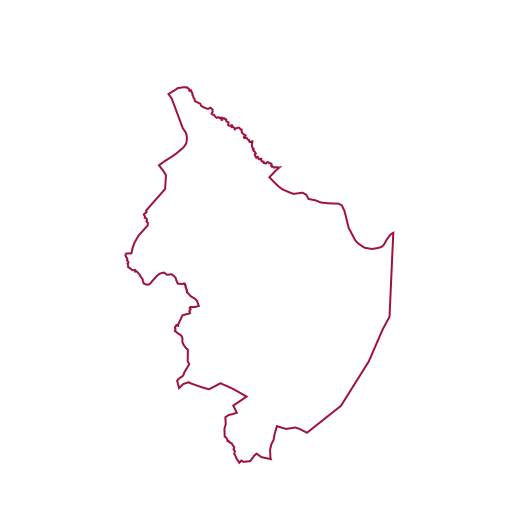 Biu, Borno, Nigeria (Albers equal-area conic projection), rotated 61°
{"feature_id": "59680162B23952502219543", "entity_name": "Biu", "entity_type": "district", "adm_level": 2, "iso_a3": "NGA", "parent_name": "Nigeria", "parent_adm1": "Borno", "projection": "albers", "projection_center": [12.028, 10.829], "detail": "fine", "context": "isolated", "style": "outline", "palette": "rose", "viewbox_px": 512, "rotation_deg": 61, "n_neighbors": 0, "source": "geoboundaries", "source_scale": "gbopen_adm2", "svg_char_len": 6025}
<svg xmlns="http://www.w3.org/2000/svg" viewBox="0 0 512 512"><g transform="rotate(61 256 256)"><path d="M302.3,124.7L302.3,125.9L302.6,128.4L304.6,132.9L307.8,138.1L308.1,138.8L308.5,139.7L308.7,140.7L308.8,141.7L308.8,142.6L308.7,143.0L307.9,146.1L306.6,149.8L306.1,151.0L305.5,151.9L302.1,156.2L301.1,157.2L300.0,157.9L294.3,160.6L293.4,160.9L290.5,161.6L276.3,161.3L259.6,156.8L253.3,156.4L250.1,158.6L248.3,161.7L244.7,167.7L243.1,169.7L242.0,171.6L240.2,173.7L236.1,177.0L234.4,179.1L231.6,182.4L226.8,182.3L223.2,184.6L219.9,193.0L216.6,195.9L211.1,200.1L210.1,200.8L206.0,202.6L203.9,203.2L198.8,204.7L193.6,206.1L190.9,197.4L189.9,192.7L189.5,193.8L188.8,194.2L188.4,195.1L187.8,195.8L187.5,197.3L187.1,197.3L185.8,197.9L185.8,198.7L184.4,199.1L184.0,198.3L183.7,198.2L183.1,197.8L182.7,197.8L182.2,198.3L181.8,198.6L181.4,199.3L180.9,199.2L180.4,199.6L180.1,200.1L179.5,200.2L179.4,201.0L179.9,202.6L179.4,202.9L178.8,203.7L178.4,204.2L177.9,204.0L177.5,203.7L177.1,203.7L176.7,204.1L176.3,204.9L175.3,205.1L174.1,204.6L173.6,204.2L173.3,204.4L173.2,204.8L173.4,205.1L173.2,205.8L172.8,206.5L172.0,206.6L171.3,206.4L170.5,206.4L169.9,206.5L169.9,207.5L170.1,208.1L168.9,208.2L167.5,208.2L166.5,207.9L166.4,207.3L166.4,206.5L164.1,206.5L163.4,207.0L161.6,207.1L161.6,206.5L160.9,206.1L160.5,206.5L158.6,206.5L157.2,206.0L155.3,204.6L154.4,203.7L154.0,203.5L153.6,203.9L154.0,204.6L153.9,205.1L153.2,206.2L152.7,206.4L151.7,206.0L151.0,205.9L150.4,206.6L149.4,206.8L148.6,206.8L148.0,207.4L147.5,208.3L147.2,209.0L146.6,209.1L146.1,208.7L146.1,208.0L145.7,207.4L145.8,206.8L145.3,206.6L144.7,207.2L143.7,207.9L142.6,208.1L141.2,208.6L138.3,207.3L137.9,208.1L136.7,208.3L136.3,208.3L135.4,208.8L135.0,209.7L134.9,210.5L134.6,211.3L135.0,213.1L134.4,213.2L133.8,213.0L133.2,213.0L132.6,213.1L132.0,213.5L131.5,214.8L131.1,214.6L130.8,213.9L130.1,213.5L129.6,214.2L129.6,215.0L129.2,216.1L128.7,216.6L128.1,216.9L127.0,216.3L126.3,215.5L125.8,215.2L124.4,216.4L123.5,216.6L122.6,215.9L122.0,215.9L121.8,216.5L121.3,216.8L120.4,216.8L120.0,217.1L119.7,218.0L119.7,218.5L120.5,219.3L120.5,219.9L120.3,220.2L119.2,219.9L118.9,219.7L118.9,219.0L118.5,218.8L118.2,219.3L117.9,220.2L117.9,220.9L116.7,221.1L116.3,221.7L116.3,222.6L116.3,223.3L115.4,223.7L114.2,224.1L112.1,224.3L111.2,225.6L110.1,225.9L109.2,225.0L108.9,224.0L107.9,223.6L106.8,223.0L106.0,223.4L104.8,223.7L104.1,224.1L104.1,225.1L104.2,226.2L103.3,227.6L100.5,229.7L98.0,231.2L96.7,231.0L95.6,231.0L91.1,234.3L89.9,234.1L89.0,233.6L87.4,233.9L85.5,233.4L84.6,233.6L83.4,233.0L82.8,232.6L82.3,232.7L81.7,233.0L81.2,232.8L80.3,232.6L79.5,232.6L79.6,233.7L79.3,234.1L78.7,234.1L78.4,233.7L77.7,233.6L77.1,233.8L76.5,233.9L76.1,234.3L75.6,234.6L74.8,234.7L74.8,235.4L73.5,237.0L71.2,243.1L71.5,245.0L71.9,254.0L77.7,253.4L108.8,258.1L112.8,257.6L114.3,257.6L116.3,258.0L118.3,258.8L119.9,259.6L121.7,260.8L123.4,262.2L124.4,263.7L125.5,266.0L126.0,267.2L127.9,277.1L128.3,281.1L128.6,287.0L128.8,290.3L129.6,296.9L136.6,295.8L141.8,295.6L153.3,303.0L163.0,330.1L163.7,330.4L164.3,330.2L164.7,330.8L164.9,333.3L165.4,334.1L167.4,333.9L168.1,334.3L168.6,334.8L169.7,333.8L170.4,333.6L172.0,334.1L172.2,334.6L172.8,335.1L173.9,334.8L174.5,334.5L176.7,335.8L181.2,348.8L185.3,355.6L188.9,359.8L193.3,363.7L190.9,368.2L192.0,369.9L193.5,370.1L196.1,369.8L197.3,371.0L199.0,370.5L200.1,370.9L200.3,372.0L202.1,372.4L203.7,373.2L206.3,371.8L208.0,371.3L209.3,369.8L209.6,368.5L210.6,368.4L211.1,369.1L211.7,367.9L212.8,367.4L214.5,367.2L216.2,366.8L217.4,367.0L220.1,366.7L221.5,366.4L222.7,367.1L224.1,367.1L225.4,367.6L227.3,366.3L228.5,364.8L229.0,363.2L228.6,361.3L227.6,358.9L225.1,351.5L224.9,350.1L224.9,348.4L225.3,346.3L225.9,344.5L229.1,343.0L229.9,341.7L230.9,338.8L233.3,337.6L236.5,336.9L238.5,337.5L242.3,337.8L243.9,335.2L244.6,334.4L245.2,332.0L245.6,331.7L246.0,331.7L246.1,332.0L246.4,332.3L246.9,332.3L247.3,332.1L247.6,331.8L248.0,331.8L248.3,332.0L248.8,332.7L249.9,332.7L250.3,332.6L250.6,332.9L251.2,333.0L251.7,333.1L252.0,332.8L252.3,332.9L252.8,333.3L253.3,333.5L253.5,333.4L253.8,333.8L254.4,334.0L255.9,333.3L259.3,332.7L264.2,329.9L266.9,329.4L272.0,330.3L271.0,334.1L269.6,337.0L269.0,337.5L268.8,338.0L269.1,338.3L269.2,338.6L269.2,339.0L269.3,339.2L269.7,339.3L269.8,339.4L270.0,339.5L270.3,339.4L270.4,339.0L270.8,339.0L271.0,339.2L271.8,340.4L271.8,340.7L271.9,341.0L272.2,341.2L272.8,341.3L273.2,341.2L273.8,341.4L273.7,341.8L273.9,342.5L273.9,342.9L273.1,345.2L272.3,349.2L278.1,357.1L278.0,357.8L278.2,357.7L278.3,357.5L278.5,357.5L278.8,357.9L279.1,358.0L278.8,358.3L278.7,358.3L278.5,358.1L278.5,358.3L278.4,358.5L278.6,358.8L278.7,359.0L278.5,359.3L278.3,359.4L278.1,359.6L278.6,360.4L278.7,361.1L279.3,361.6L279.9,361.8L280.3,361.8L280.9,362.2L281.2,362.2L281.4,362.2L281.5,362.2L281.8,362.4L281.9,362.7L282.0,362.7L282.2,363.3L284.6,362.3L287.1,361.1L288.8,360.1L290.7,359.9L292.9,360.5L295.5,362.1L298.6,362.4L302.9,361.8L304.9,361.0L315.0,366.8L317.8,366.8L318.3,366.9L323.1,375.2L324.7,376.9L325.6,378.9L325.7,382.3L326.8,385.4L334.3,387.3L332.7,381.7L333.8,376.0L335.0,375.5L344.7,366.9L349.8,361.7L350.1,348.6L351.4,347.8L360.5,340.9L374.4,332.4L375.8,348.4L383.8,348.8L382.6,354.4L381.8,356.9L382.2,361.0L388.4,364.0L391.7,367.3L398.9,371.0L399.8,370.3L400.4,370.2L402.4,370.1L403.7,370.5L404.2,370.6L404.5,370.2L404.5,369.8L404.8,369.5L405.5,369.4L405.7,369.6L406.0,369.5L406.5,369.2L407.0,369.0L407.2,368.7L408.1,368.0L408.9,368.1L410.1,368.1L410.7,368.0L412.1,367.8L412.7,367.8L413.3,368.1L413.9,369.1L414.2,369.4L414.7,369.4L415.9,369.1L416.4,369.1L416.8,369.3L417.7,370.3L418.5,371.0L418.9,371.0L419.5,370.8L421.0,371.0L422.9,371.0L423.2,371.3L428.8,370.8L428.4,369.6L427.9,368.8L427.9,367.8L428.0,367.7L429.9,366.9L432.6,360.6L429.8,354.4L429.1,351.4L434.6,348.7L440.8,341.5L439.6,341.3L432.1,337.5L428.0,333.7L425.4,329.8L420.8,326.1L415.0,320.2L421.8,313.6L425.1,304.7L428.6,301.6L435.3,297.1L428.2,254.3L402.9,208.5L381.4,180.5L373.9,168.7L302.3,124.7Z" fill="none" stroke="#9f1239" stroke-width="2"/></g></svg>